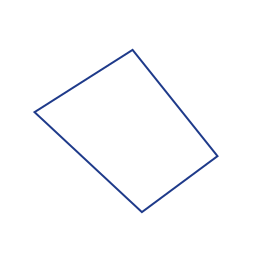 Vlahita, Harghita, Romania (orthographic projection), rotated 288°
{"feature_id": "2599482B7850722509394", "entity_name": "Vlahita", "entity_type": "district", "adm_level": 2, "iso_a3": "ROU", "parent_name": "Romania", "parent_adm1": "Harghita", "projection": "orthographic", "projection_center": [25.464, 46.349], "detail": "fine", "context": "isolated", "style": "outline", "palette": "blue", "viewbox_px": 256, "rotation_deg": 288, "n_neighbors": 0, "source": "geoboundaries", "source_scale": "gbopen_adm2", "svg_char_len": 224}
<svg xmlns="http://www.w3.org/2000/svg" viewBox="0 0 256 256"><g transform="rotate(288 128 128)"><path d="M203.7,108.2L114.2,34.2L52.3,167.2L128.9,221.8L203.7,108.2Z" fill="none" stroke="#1e3a8a" stroke-width="2"/></g></svg>